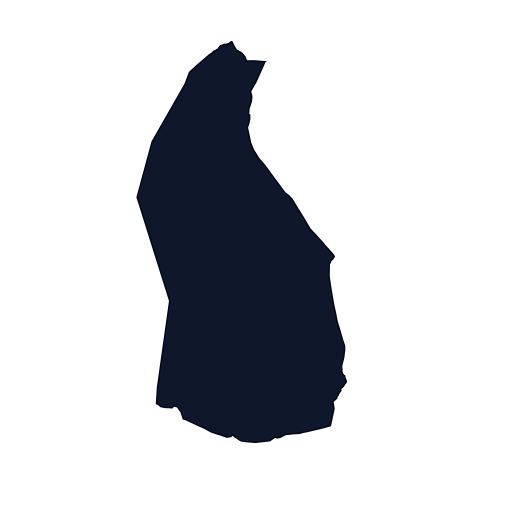 San Juan Ñumí, Oaxaca, Mexico, rotated 28°
{"feature_id": "50627088B11336347088120", "entity_name": "San Juan Ñumí", "entity_type": "district", "adm_level": 2, "iso_a3": "MEX", "parent_name": "Mexico", "parent_adm1": "Oaxaca", "projection": "equal_earth", "projection_center": [-97.725, 17.437], "detail": "fine", "context": "isolated", "style": "filled", "palette": "ink", "viewbox_px": 512, "rotation_deg": 28, "n_neighbors": 0, "source": "geoboundaries", "source_scale": "gbopen_adm2", "svg_char_len": 2694}
<svg xmlns="http://www.w3.org/2000/svg" viewBox="0 0 512 512"><g transform="rotate(28 256 256)"><path d="M325.4,219.8L324.4,219.1L322.6,218.2L320.9,217.6L319.4,217.1L316.4,215.9L312.4,214.6L309.9,213.4L298.2,209.2L290.9,206.7L279.8,199.9L270.4,194.5L261.1,188.9L256.7,187.4L253.6,186.9L251.4,186.4L236.9,179.5L221.6,172.1L212.4,168.5L208.2,166.0L204.0,163.6L199.5,159.8L198.1,158.7L191.0,150.2L188.1,146.8L187.3,142.2L186.2,138.3L184.2,134.5L182.9,134.5L180.6,129.3L179.2,121.5L177.2,116.9L173.8,113.2L174.2,102.5L173.0,84.7L172.6,80.5L172.7,80.3L162.8,84.6L156.1,88.3L153.0,85.5L148.4,83.5L141.8,83.3L137.3,80.5L135.6,79.2L134.0,78.1L133.4,78.6L133.1,79.8L132.6,80.3L132.1,82.7L131.5,82.0L130.4,83.1L130.6,84.0L130.4,84.0L129.8,83.5L128.9,83.8L127.9,84.9L127.6,85.5L126.0,86.9L125.4,89.6L125.5,90.9L124.3,92.6L124.4,93.8L123.7,93.9L122.5,95.2L122.2,97.0L120.8,99.6L120.4,100.3L119.9,101.5L114.1,116.4L111.1,124.9L112.7,137.3L110.7,203.9L123.5,260.0L130.9,267.2L185.4,320.9L200.9,336.1L230.8,418.3L237.5,433.1L238.6,432.9L239.7,433.0L242.4,433.6L243.4,433.4L247.6,432.0L249.3,431.2L250.8,430.4L251.8,430.0L252.7,429.7L253.2,429.2L253.5,428.0L253.9,427.0L256.7,426.2L257.4,426.1L258.1,426.3L261.1,428.0L262.4,428.3L268.3,433.9L270.6,433.4L276.5,433.1L284.6,432.7L290.9,432.2L299.0,432.3L303.5,431.6L308.6,430.6L311.9,430.1L315.5,429.5L318.6,427.1L319.1,425.0L320.8,425.2L322.6,425.6L328.7,426.2L330.2,426.0L331.6,425.5L335.5,424.0L343.0,420.7L354.9,412.6L357.7,407.1L360.2,406.5L362.5,404.7L365.8,399.8L371.9,395.6L377.7,392.1L380.2,389.7L383.0,387.4L394.3,377.5L401.3,370.9L400.0,366.3L397.7,358.2L396.6,354.3L394.8,351.9L392.4,348.7L392.6,347.5L392.7,347.0L393.3,345.8L393.8,344.0L394.0,343.7L393.8,342.9L393.6,342.4L393.5,341.6L393.5,341.4L393.9,340.2L393.6,339.6L393.8,336.8L393.9,336.4L394.1,335.7L394.1,335.1L392.9,333.3L393.3,332.6L394.0,331.4L394.1,330.3L394.3,329.5L394.3,328.5L394.5,327.3L394.5,326.5L394.8,325.8L394.8,325.3L394.8,324.7L394.4,324.0L394.1,323.8L393.9,323.7L393.7,323.8L393.2,323.4L393.2,323.2L392.9,323.2L392.7,323.2L392.4,322.4L391.5,321.6L391.4,321.6L390.8,320.5L390.5,320.2L389.9,320.4L389.7,320.3L388.6,319.8L387.8,319.5L387.4,319.1L387.1,319.0L386.8,318.9L386.6,318.5L386.2,317.9L385.9,317.8L385.6,317.1L385.5,316.7L385.4,316.4L385.3,316.0L383.4,313.7L383.3,313.4L380.9,304.0L379.3,300.0L378.3,297.2L376.8,294.8L376.5,294.0L375.3,292.8L372.1,289.8L363.9,281.3L360.4,277.9L358.6,276.0L357.4,274.6L355.1,271.8L352.7,268.8L347.3,262.5L340.1,253.2L337.0,249.1L335.0,246.5L333.6,244.5L330.6,240.5L330.1,239.8L328.6,237.0L326.4,232.6L324.1,228.1L324.7,227.0L324.2,225.2L325.2,222.6L325.2,220.8L325.4,219.8Z" fill="#0f172a" stroke="#020617" stroke-width="1.5"/></g></svg>